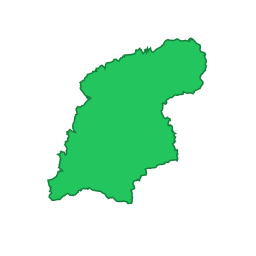 Spermezeu, Bistrita-Nasaud, Romania, rotated 73°
{"feature_id": "2599482B64960666730870", "entity_name": "Spermezeu", "entity_type": "district", "adm_level": 2, "iso_a3": "ROU", "parent_name": "Romania", "parent_adm1": "Bistrita-Nasaud", "projection": "equal_earth", "projection_center": [24.161, 47.303], "detail": "fine", "context": "isolated", "style": "filled", "palette": "green", "viewbox_px": 256, "rotation_deg": 73, "n_neighbors": 0, "source": "geoboundaries", "source_scale": "gbopen_adm2", "svg_char_len": 5776}
<svg xmlns="http://www.w3.org/2000/svg" viewBox="0 0 256 256"><g transform="rotate(73 128 128)"><path d="M198.2,150.7L199.8,150.4L200.3,149.8L200.8,147.1L200.6,146.9L200.7,146.3L199.8,146.1L199.2,145.4L197.3,144.9L197.0,145.1L196.5,144.4L195.7,144.0L193.6,144.0L191.7,143.1L189.4,143.2L189.2,143.5L188.4,143.4L188.4,142.5L188.1,141.9L187.9,140.0L187.6,139.4L185.5,139.1L182.4,139.6L180.3,137.6L180.4,136.3L180.7,135.7L180.0,133.7L180.6,133.8L180.7,133.5L181.0,133.4L181.7,132.3L180.8,132.1L179.7,131.1L179.5,130.6L178.9,130.4L178.1,129.7L177.8,129.9L177.4,129.1L178.1,124.4L176.9,123.7L176.8,123.9L174.7,123.2L172.4,123.5L172.2,122.8L172.3,120.2L173.2,118.2L173.1,117.1L173.4,115.2L173.8,114.1L173.7,112.8L173.3,112.1L172.4,111.3L172.2,110.5L172.1,109.2L173.0,104.6L172.7,103.0L172.1,102.9L171.9,102.5L172.0,101.3L172.6,99.2L171.5,97.8L171.5,96.1L171.9,95.2L171.8,94.5L172.6,91.2L173.7,90.7L173.5,90.4L172.2,90.2L172.1,89.5L170.8,89.3L168.5,89.4L167.6,89.1L167.6,88.1L165.0,87.9L163.5,87.2L163.1,87.4L163.5,88.6L162.5,89.6L161.4,89.0L159.3,89.2L156.2,90.0L155.6,87.7L154.6,88.0L154.4,86.6L153.3,87.1L152.3,87.1L152.0,86.4L150.5,85.2L149.8,86.1L149.4,85.8L148.7,86.3L148.3,86.3L147.5,85.6L147.1,84.3L146.6,85.2L144.5,85.9L144.8,86.6L144.3,86.6L143.2,86.1L143.1,86.7L140.9,85.6L138.9,85.4L138.7,86.1L138.1,86.2L138.1,86.9L137.2,87.0L137.8,88.0L137.4,88.7L135.8,88.5L133.0,86.8L133.2,85.3L131.4,85.3L131.0,86.1L129.3,87.3L130.0,89.4L129.0,90.5L123.9,91.3L121.3,91.3L120.9,90.1L119.8,89.3L116.8,88.2L116.5,87.9L115.7,88.0L114.4,87.7L114.8,87.0L114.9,86.0L115.4,85.9L115.2,85.5L116.1,85.3L115.8,84.5L115.5,83.8L114.4,83.4L113.7,84.2L112.3,82.7L112.3,81.9L111.7,80.2L111.1,79.1L111.7,77.2L110.2,73.6L110.3,72.5L110.9,71.9L111.2,71.1L111.1,69.4L111.3,67.6L111.7,66.7L111.6,65.3L109.5,64.4L111.5,62.1L112.4,60.6L112.3,59.4L112.5,58.5L113.0,57.3L114.2,56.0L113.7,55.6L113.3,54.4L112.3,53.8L112.0,53.3L111.6,51.0L111.2,47.5L109.3,45.8L107.8,43.6L106.0,42.9L102.2,44.5L100.4,44.3L99.3,43.1L98.3,42.5L97.9,40.8L96.9,39.9L96.6,39.1L96.0,38.7L95.7,37.4L95.3,36.9L94.0,36.9L93.7,36.4L93.1,36.5L92.8,36.2L92.6,35.6L91.3,35.0L90.3,35.5L89.6,35.4L88.8,35.0L87.8,33.9L85.9,33.4L83.1,33.9L81.9,33.6L80.9,33.8L80.9,32.9L80.5,32.5L78.9,32.5L78.1,33.8L77.8,33.7L77.4,34.3L76.5,36.0L74.3,36.4L71.5,35.1L69.8,34.9L67.3,37.6L61.8,40.2L62.2,41.0L60.8,41.2L60.7,41.6L61.0,42.0L61.0,42.4L60.6,42.5L60.6,42.8L61.0,42.9L61.4,44.0L62.3,43.6L63.1,43.8L61.0,47.7L60.6,50.8L60.2,51.8L59.4,52.9L57.7,54.2L57.2,55.1L57.1,55.7L57.8,58.4L56.8,61.2L56.4,61.8L56.2,63.2L55.3,63.6L55.2,65.1L55.9,67.1L57.9,69.3L58.8,69.9L58.8,70.7L59.1,70.8L59.0,71.2L59.5,71.8L60.0,72.7L61.1,78.1L62.4,80.3L62.8,82.3L62.2,82.9L60.4,83.4L58.1,83.1L59.2,85.3L58.3,85.1L59.8,86.0L57.5,86.1L60.1,87.4L61.2,88.2L60.0,88.3L58.1,87.7L58.0,88.2L58.3,88.4L58.2,89.0L59.2,89.2L60.0,89.7L61.2,92.0L56.6,92.6L56.6,93.3L55.3,93.5L56.7,96.1L55.7,97.4L56.0,98.0L56.7,98.0L58.2,98.7L58.8,100.4L58.8,102.2L59.0,102.7L58.5,103.3L58.6,104.5L57.2,110.1L58.7,110.5L58.9,110.8L57.8,111.8L58.0,112.0L58.3,112.0L59.0,112.6L59.1,113.1L58.9,114.1L59.7,115.4L61.2,117.1L60.8,118.0L58.8,119.3L58.6,120.5L58.3,121.1L59.0,122.0L59.7,122.5L60.1,124.4L60.2,125.4L59.6,129.3L59.8,129.7L60.6,130.7L63.8,132.1L64.5,132.7L62.6,133.0L61.6,133.9L60.6,134.3L60.4,134.8L60.6,136.2L61.9,137.9L62.2,138.7L62.2,139.8L61.7,140.5L62.0,141.1L62.4,141.1L63.2,142.0L63.5,141.3L64.6,141.2L64.6,141.6L63.7,145.2L65.0,145.9L64.9,148.2L65.1,150.6L64.9,151.2L66.3,151.9L67.3,154.3L69.6,156.1L69.4,157.3L70.1,158.7L70.5,160.6L71.7,160.3L74.1,161.1L74.3,160.7L74.6,160.7L75.7,161.1L75.9,162.0L77.4,161.9L79.6,160.8L80.6,160.7L81.1,160.3L82.7,159.9L84.7,159.1L85.4,158.0L86.4,157.1L86.5,157.4L85.6,158.4L86.5,158.7L87.9,157.9L87.3,155.7L88.5,154.9L89.2,156.3L89.4,157.8L90.3,159.0L90.4,159.8L91.1,160.5L91.7,161.8L93.5,163.6L93.2,165.3L94.1,167.7L93.0,169.4L92.9,169.8L94.8,172.2L99.8,172.3L99.9,174.2L101.0,174.4L101.8,175.5L104.2,176.5L104.8,177.0L106.2,177.3L107.3,178.8L109.7,180.2L112.4,180.8L116.7,179.7L114.9,182.2L112.5,184.1L113.2,185.2L114.5,186.0L113.8,187.0L113.9,187.6L115.0,187.4L115.9,188.2L116.5,187.0L117.3,187.2L117.7,186.9L119.4,187.4L119.8,187.9L120.1,188.7L123.3,189.7L122.6,190.8L123.2,191.3L123.0,191.9L124.9,192.6L125.6,193.4L126.7,192.9L129.9,192.1L131.7,193.7L134.7,194.2L135.2,194.7L135.4,195.5L135.0,196.1L132.8,196.0L132.5,196.2L131.7,197.8L130.9,198.5L130.9,199.2L131.3,199.6L132.4,199.8L132.7,200.2L132.9,200.6L132.7,202.8L134.4,201.4L136.7,201.5L137.5,201.1L138.9,201.9L138.7,202.1L141.9,203.8L142.3,203.8L143.4,204.7L144.1,204.5L144.8,204.8L145.4,205.8L147.3,204.7L148.1,203.8L149.8,203.2L148.7,205.4L150.0,206.0L149.2,207.0L149.2,207.5L151.4,208.9L153.3,210.5L153.6,211.2L154.8,215.2L154.8,217.9L154.5,219.8L155.8,219.6L155.9,219.9L156.7,220.1L157.8,219.9L159.0,220.2L161.0,220.1L161.2,219.6L161.9,219.5L161.9,219.2L162.3,218.9L163.4,220.2L164.4,219.9L165.3,220.7L165.5,221.5L165.9,221.4L166.2,220.6L166.9,220.2L167.8,220.0L168.2,220.4L168.3,221.1L169.5,222.9L171.0,223.5L171.5,223.5L172.4,222.7L175.0,221.7L175.5,219.8L175.7,216.2L176.4,214.5L176.1,213.8L176.1,213.0L174.9,211.8L174.9,211.4L174.1,209.5L174.3,208.6L173.7,207.7L173.1,205.8L173.1,204.9L173.3,204.3L175.2,203.3L175.6,202.2L175.8,201.1L176.6,200.3L176.2,199.3L176.4,197.9L175.1,195.6L174.8,194.3L173.6,193.8L173.4,191.9L174.2,191.6L174.0,191.0L172.9,190.5L172.9,187.4L173.4,187.2L173.5,186.7L173.8,186.3L173.8,184.8L174.7,184.4L174.7,183.9L173.8,183.5L173.9,182.6L177.2,179.8L179.6,174.9L180.2,174.1L180.1,173.3L180.4,172.8L182.9,171.2L184.1,169.5L185.3,169.0L186.2,169.0L188.3,168.2L189.7,167.2L189.6,166.5L189.1,165.8L190.0,164.2L189.8,163.4L189.8,162.8L194.3,160.6L194.9,159.9L195.8,157.8L196.6,154.4L196.5,153.9L198.2,150.7Z" fill="#22c55e" stroke="#15803d" stroke-width="1.5"/></g></svg>